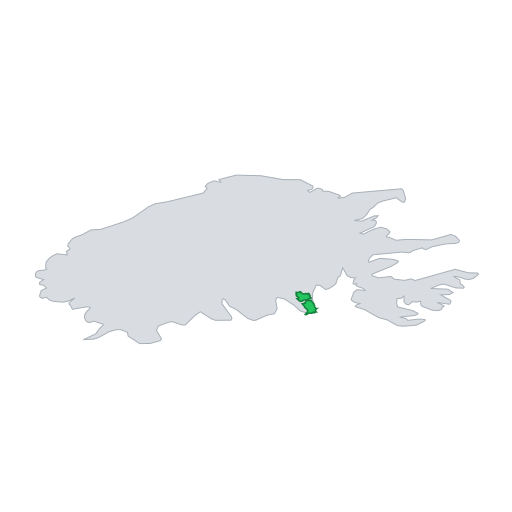 location of Skagabyggð, Norðurland vestra, Iceland, rotated 177°
{"feature_id": "244011B21592329160761", "entity_name": "Skagabyggð", "entity_type": "district", "adm_level": 2, "iso_a3": "ISL", "parent_name": "Iceland", "parent_adm1": "Norðurland vestra", "projection": "natural_earth1", "projection_center": [-20.226, 65.901], "detail": "fine", "context": "in_parent", "style": "filled", "palette": "green", "viewbox_px": 512, "rotation_deg": 177, "n_neighbors": 0, "source": "geoboundaries", "source_scale": "gbopen_adm2", "svg_char_len": 7504}
<svg xmlns="http://www.w3.org/2000/svg" viewBox="0 0 512 512"><g transform="rotate(177 256 256)"><path d="M395.0,189.5L399.6,189.7L407.1,187.9L417.8,182.7L422.3,181.5L432.8,181.5L420.2,186.6L415.7,192.1L412.3,194.8L412.3,196.0L421.4,199.4L425.7,198.3L427.6,198.7L429.3,200.3L430.6,203.4L430.0,206.7L427.5,210.0L424.1,212.8L424.6,213.6L427.4,214.1L442.1,212.4L444.0,216.5L445.3,217.8L445.0,219.2L439.3,223.5L446.1,220.8L451.5,220.0L460.9,221.4L464.8,223.0L467.2,225.7L471.8,224.9L474.0,226.4L474.1,228.1L472.3,232.7L466.8,235.0L470.3,238.4L473.1,238.5L473.6,239.2L473.4,241.2L469.2,243.5L476.4,246.1L477.3,247.1L477.0,250.1L475.8,251.8L473.8,252.8L468.7,252.9L465.6,254.0L466.7,255.8L465.9,260.9L462.1,265.0L458.4,267.2L454.7,268.6L444.5,267.0L445.0,270.6L441.5,272.8L442.2,274.6L443.5,275.6L443.0,277.9L438.5,282.8L435.2,284.4L428.7,286.3L419.4,290.7L409.8,290.7L386.4,297.0L377.2,300.5L360.7,310.8L353.7,313.5L341.7,314.8L305.6,321.6L301.6,325.6L301.4,326.5L303.1,328.1L300.4,331.0L294.9,333.0L292.3,333.0L287.8,331.3L287.3,332.1L289.1,334.3L271.4,337.8L246.8,335.9L225.1,330.9L207.8,329.9L195.6,322.9L195.3,321.8L196.6,319.7L201.0,318.8L198.9,316.7L191.6,320.4L189.2,320.3L186.1,318.8L185.9,317.3L179.8,316.7L169.3,312.3L168.5,311.3L171.0,309.8L170.6,309.5L164.8,309.8L156.5,313.8L107.1,315.5L105.4,313.3L103.5,305.3L105.3,301.9L107.3,302.3L113.0,306.8L126.3,304.3L131.7,302.6L136.7,298.2L139.5,296.8L143.6,291.3L147.7,287.9L156.1,286.3L148.6,285.3L136.1,289.8L131.9,289.8L133.9,287.8L138.2,285.7L135.3,285.5L134.2,284.5L134.1,282.5L136.3,279.2L151.0,273.3L147.6,272.2L137.4,276.6L129.9,278.2L123.9,276.2L121.1,273.4L121.3,272.2L124.9,268.7L124.3,268.0L121.9,267.6L115.4,264.4L105.1,264.7L79.6,262.9L60.3,267.3L55.7,265.3L52.0,260.8L52.8,259.1L56.2,258.1L65.6,258.2L79.5,256.1L85.9,253.5L88.3,254.2L89.4,255.4L98.0,253.5L102.6,251.2L110.2,252.3L139.0,251.1L142.7,248.1L144.2,244.5L143.6,243.8L133.0,247.1L130.6,247.0L118.4,245.3L114.0,243.3L115.5,241.7L122.0,238.4L138.6,232.7L140.9,231.6L141.1,230.2L134.6,227.8L122.2,228.5L119.1,225.6L108.9,223.9L102.0,225.0L98.4,223.2L57.8,232.3L44.8,228.1L35.5,227.4L34.7,226.1L40.3,222.2L44.0,221.4L47.7,221.8L54.8,224.6L59.8,225.4L53.7,221.4L53.4,217.5L51.6,216.5L49.7,213.9L50.5,213.0L57.9,213.6L69.7,218.1L75.5,217.3L83.1,214.4L66.2,212.8L61.1,209.2L64.8,207.4L73.6,207.6L64.0,201.5L63.6,200.4L65.2,197.7L77.4,200.1L71.0,196.5L70.9,195.7L72.7,195.0L73.8,192.8L76.8,191.9L82.9,192.7L92.4,196.9L93.8,198.0L94.1,202.3L97.8,201.6L102.3,202.2L106.0,199.3L108.6,200.0L110.6,202.6L110.2,208.3L112.8,206.3L117.3,206.1L118.1,201.5L117.3,197.7L102.8,193.4L97.2,190.3L97.8,189.2L100.7,188.3L115.8,187.5L109.4,185.7L107.8,183.8L96.3,184.5L90.5,183.7L90.4,182.8L92.7,181.4L99.7,178.5L113.0,178.2L118.3,179.0L128.5,185.4L136.6,188.0L150.3,196.7L159.1,200.0L159.5,200.9L158.0,201.9L154.6,203.0L159.8,204.5L163.0,206.8L163.2,207.8L160.2,214.8L156.9,217.1L148.8,215.8L150.7,218.0L156.5,220.4L157.8,221.7L156.9,223.0L159.7,222.6L160.6,223.4L159.3,227.4L157.8,228.8L162.6,229.6L166.0,231.6L170.0,239.7L172.2,233.5L173.4,231.2L175.4,230.3L177.8,224.0L183.3,220.3L188.3,218.9L193.6,223.3L197.4,223.7L201.4,216.0L201.9,210.3L200.7,204.1L201.4,199.6L204.0,197.0L207.4,196.1L214.7,198.8L220.8,205.0L230.0,211.7L236.4,213.4L237.5,213.2L238.6,211.0L237.7,202.1L240.6,197.4L248.1,196.3L259.5,191.9L262.2,191.8L267.8,194.3L278.0,203.2L285.2,207.4L289.1,214.0L290.8,215.2L292.3,213.1L292.5,210.2L283.6,196.5L283.4,194.7L284.3,193.2L300.0,193.9L303.5,195.4L314.5,203.2L319.8,200.0L330.2,190.8L333.9,191.1L343.0,194.8L346.6,194.5L357.1,191.2L359.3,186.9L354.6,178.1L356.4,176.4L366.2,174.2L376.8,174.6L387.9,182.7L388.4,186.5L395.0,189.5Z" fill="#d9dde1" stroke="#a8b0b8" stroke-width="1"/><path d="M210.0,195.1L209.9,195.0L209.7,194.9L209.3,194.9L209.2,194.8L208.8,194.9L208.6,194.9L208.5,195.0L208.2,195.2L208.2,195.3L207.9,195.3L207.9,195.2L207.9,195.3L207.4,195.5L207.2,195.7L207.1,195.8L206.9,195.9L206.8,196.0L206.5,195.9L206.2,196.1L205.9,196.1L205.2,196.1L204.9,196.0L204.5,196.1L204.1,196.0L203.6,195.9L203.4,195.8L203.1,195.9L203.1,196.0L202.7,196.3L202.5,196.5L202.2,196.7L202.1,196.8L201.8,196.9L201.6,196.9L201.3,196.9L201.0,196.8L201.0,196.7L200.7,196.8L200.6,196.7L200.4,196.7L199.9,196.7L199.8,196.8L199.5,196.8L199.1,196.8L198.8,197.0L198.7,197.0L198.8,197.1L199.1,197.4L199.2,197.5L199.3,197.6L199.4,197.8L199.5,198.0L199.5,198.4L199.4,198.5L199.1,198.9L199.2,199.0L198.9,199.4L198.9,199.5L198.8,199.8L198.7,199.9L198.8,199.9L198.7,200.0L198.2,200.3L198.4,200.3L198.5,200.3L198.3,200.5L198.5,200.4L199.0,200.5L199.2,201.0L199.3,201.3L199.6,201.5L199.8,201.7L199.9,201.8L200.1,201.9L200.1,202.0L200.1,202.4L200.1,202.5L199.9,202.6L200.0,202.6L200.1,202.8L200.1,203.1L200.0,203.4L200.0,203.6L200.3,203.8L200.4,204.0L200.8,204.4L200.8,204.5L200.7,205.0L200.8,205.0L201.0,205.3L201.0,205.5L201.3,205.8L201.4,206.0L201.5,206.2L201.6,206.3L201.7,206.6L201.8,206.8L201.9,207.0L202.0,207.1L202.3,207.4L202.5,207.5L202.8,207.8L202.9,208.0L203.0,208.0L203.0,208.3L203.2,208.5L203.3,208.6L203.2,208.8L207.1,208.8L207.4,208.8L208.1,208.7L208.4,208.3L208.4,208.1L208.7,207.8L209.0,207.5L209.3,207.2L209.6,206.9L209.6,206.7L209.4,206.5L209.5,206.4L209.5,206.2L212.4,205.9L212.1,205.4L211.9,205.1L211.2,204.4L210.8,204.0L210.6,203.8L210.4,203.4L210.4,203.0L210.4,202.8L210.3,202.5L210.1,202.2L209.7,201.8L209.2,201.3L208.9,201.0L208.3,200.5L207.9,199.9L207.3,199.2L207.1,199.1L207.1,198.9L207.8,197.4L208.1,196.8L208.2,196.7L208.8,196.2L209.5,195.5L210.0,195.1ZM213.6,208.4L211.7,208.6L211.5,208.8L211.3,209.1L211.1,209.3L210.8,209.4L210.3,209.5L210.0,209.5L209.4,209.7L208.9,209.7L208.7,209.6L208.3,209.6L208.0,209.6L207.7,209.6L207.3,209.8L206.9,209.9L206.7,210.0L206.4,210.1L206.1,210.2L205.9,210.3L205.5,210.5L205.3,210.6L205.1,210.5L204.9,210.5L204.7,210.6L204.1,210.8L203.7,210.9L203.3,210.9L203.3,211.0L203.5,211.1L203.4,211.3L203.5,211.3L203.7,211.5L203.8,211.7L203.8,211.9L203.8,212.0L204.0,212.2L204.0,212.3L204.3,212.4L204.6,212.6L204.6,212.8L204.5,213.0L204.4,213.3L204.5,213.4L204.4,213.5L204.5,213.6L204.4,213.7L204.6,213.7L204.7,213.8L204.7,214.0L204.8,214.1L204.8,214.4L204.9,214.5L205.0,214.8L205.1,215.0L205.0,215.3L204.9,215.4L204.9,215.5L205.0,215.5L205.3,215.8L205.6,215.7L205.8,215.8L206.0,215.7L206.3,215.8L206.4,215.7L206.4,215.8L206.5,215.8L206.6,215.7L206.9,215.7L207.0,215.7L207.4,215.7L207.6,215.7L207.7,215.8L207.8,215.8L207.9,215.7L208.2,215.7L208.4,215.7L208.6,215.7L208.7,215.8L208.8,215.6L209.0,215.6L209.3,215.6L209.6,215.6L209.9,215.6L210.0,215.6L210.4,215.7L210.6,215.8L211.0,215.8L211.3,215.9L211.5,215.9L211.7,216.0L212.0,216.2L212.3,216.3L212.2,216.3L212.2,216.5L212.3,216.6L212.5,216.7L212.7,216.8L212.7,217.0L212.9,217.1L212.9,217.3L213.2,217.4L213.1,217.5L213.3,217.6L213.5,217.7L213.5,217.8L213.4,217.8L213.5,218.0L213.8,218.1L215.8,217.4L216.8,217.5L217.6,217.6L217.5,217.4L217.5,217.2L217.4,217.1L217.6,216.8L218.0,216.6L218.0,216.4L217.7,216.2L217.3,215.5L217.3,215.4L217.7,215.3L217.9,215.1L217.8,214.9L217.8,214.7L217.7,214.5L217.7,214.4L217.8,214.1L215.8,212.5L215.5,212.3L215.5,212.2L215.6,211.6L215.8,211.5L217.4,211.3L215.8,209.7L215.7,209.4L215.4,209.3L214.9,209.1L214.7,209.0L214.3,208.6L214.2,208.3L213.6,208.4ZM201.1,196.6L201.2,196.4L201.1,196.5L201.1,196.6ZM204.0,213.5L203.9,213.5L204.0,213.5ZM203.5,195.8L203.4,195.7L203.5,195.8ZM200.7,196.2L200.8,196.2L200.7,196.2ZM201.3,196.4L201.2,196.3L201.3,196.3L201.3,196.4ZM200.6,196.3L200.7,196.2L200.6,196.3L200.6,196.3Z" fill="#22c55e" stroke="#15803d" stroke-width="1.5"/></g></svg>